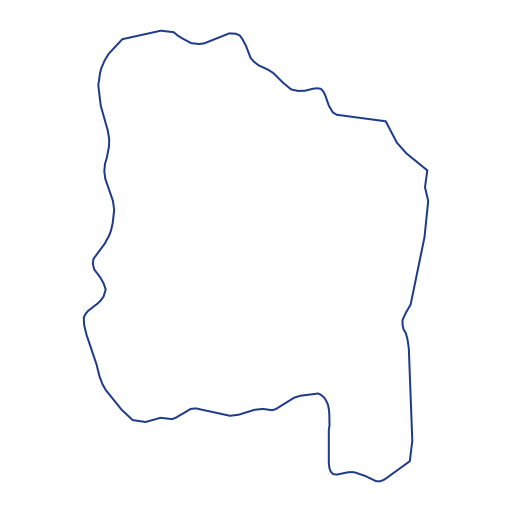 SVG path tracing the border of Ang Thong
{"feature_id": "THA-406", "entity_name": "Ang Thong", "entity_type": "Province", "adm_level": 1, "iso_a3": "THA", "parent_name": "Thailand", "parent_adm1": "", "projection": "natural_earth1", "projection_center": [100.34, 14.618], "detail": "fine", "context": "isolated", "style": "outline", "palette": "blue", "viewbox_px": 512, "rotation_deg": 0, "n_neighbors": 0, "source": "natural_earth", "source_scale": "10m", "svg_char_len": 1604}
<svg xmlns="http://www.w3.org/2000/svg" viewBox="0 0 512 512"><path d="M145.6,422.0L132.7,420.1L121.7,409.8L105.8,390.1L102.5,384.3L99.5,376.4L96.5,364.3L86.5,334.8L84.1,324.9L83.8,317.5L85.6,313.8L88.1,310.9L94.0,306.2L97.1,304.0L100.5,300.7L103.5,296.7L105.7,289.6L103.8,283.8L100.5,277.8L94.1,269.2L92.8,263.5L93.5,258.8L105.0,243.3L106.8,239.7L108.8,236.3L111.0,230.6L112.7,223.1L114.2,209.8L112.9,200.8L105.3,178.8L104.3,171.1L105.0,163.8L106.9,157.4L109.0,146.4L109.2,139.2L107.8,130.7L100.7,105.5L98.3,85.1L100.0,73.3L101.1,68.8L104.5,60.7L108.7,53.8L122.3,39.2L160.8,30.7L173.7,32.2L177.5,35.4L182.6,38.6L191.3,43.2L198.9,44.0L204.1,43.4L229.2,33.4L235.7,33.7L239.8,35.5L242.2,38.8L246.0,45.9L250.6,57.9L254.0,61.8L258.7,65.4L268.3,69.8L273.6,73.3L282.8,82.5L291.1,89.4L297.8,90.9L304.6,90.8L313.2,88.7L317.2,88.3L320.4,88.7L321.1,89.1L321.6,89.5L323.8,92.3L325.3,95.5L328.9,105.8L332.9,112.5L336.9,114.8L385.7,121.3L396.9,142.7L406.4,153.4L427.3,170.4L425.0,187.3L428.2,201.0L424.5,237.2L410.6,304.6L406.1,312.3L402.5,320.0L402.6,325.1L403.6,329.5L405.8,333.0L407.5,339.4L408.8,348.2L412.3,440.6L409.8,461.2L384.5,479.5L380.3,481.3L376.1,481.2L365.3,476.0L354.8,472.4L352.5,472.1L348.5,472.2L336.6,474.6L333.1,474.1L330.6,471.5L329.3,467.6L328.8,462.4L328.8,430.3L329.5,425.2L329.3,414.7L329.0,410.1L328.1,405.2L327.3,403.1L326.0,400.5L324.1,397.6L321.3,395.1L318.3,393.5L300.7,395.7L294.3,397.6L275.8,409.1L272.1,410.2L262.8,408.9L254.6,409.8L238.7,414.7L230.0,415.8L195.9,408.4L190.7,408.9L176.0,417.6L172.2,419.1L160.5,417.8L145.6,422.0Z" fill="none" stroke="#1e3a8a" stroke-width="2"/></svg>